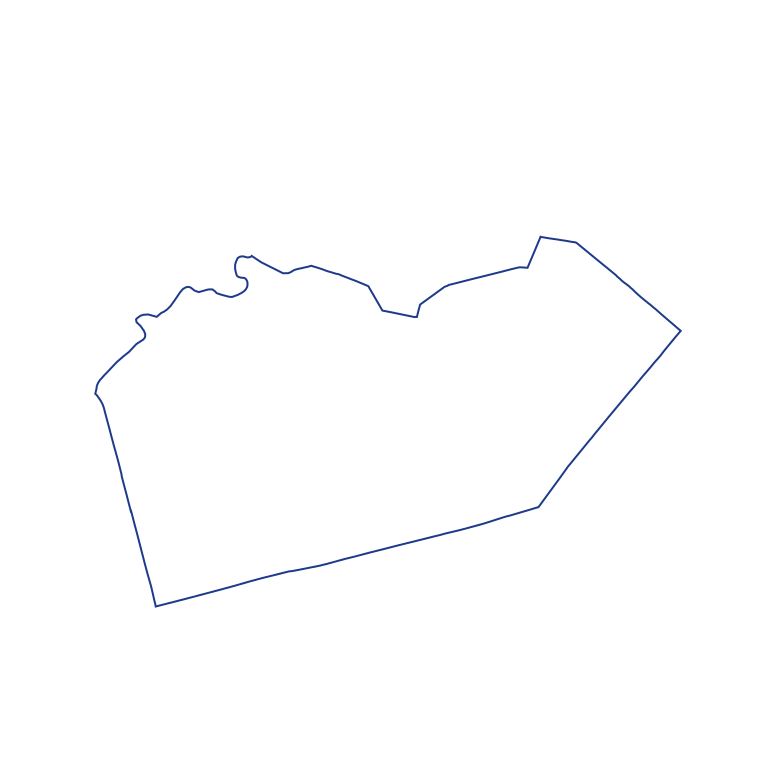 Olari, Prahova, Romania, rotated 338°
{"feature_id": "2599482B22841154857116", "entity_name": "Olari", "entity_type": "district", "adm_level": 2, "iso_a3": "ROU", "parent_name": "Romania", "parent_adm1": "Prahova", "projection": "mercator", "projection_center": [26.206, 44.79], "detail": "fine", "context": "isolated", "style": "outline", "palette": "blue", "viewbox_px": 768, "rotation_deg": 338, "n_neighbors": 0, "source": "geoboundaries", "source_scale": "gbopen_adm2", "svg_char_len": 3501}
<svg xmlns="http://www.w3.org/2000/svg" viewBox="0 0 768 768"><g transform="rotate(338 384 384)"><path d="M524.4,529.1L524.6,529.0L554.7,512.5L555.7,512.1L560.2,509.5L580.7,498.3L608.3,483.5L615.5,479.9L620.4,477.2L626.3,474.0L636.8,468.6L642.3,465.6L650.7,461.4L656.1,458.2L671.9,449.6L679.0,445.9L673.6,435.4L668.3,425.2L666.1,420.9L664.0,416.6L661.9,412.8L661.0,410.9L659.9,409.1L657.2,404.2L655.1,400.4L652.2,394.6L650.8,391.5L650.0,389.6L649.5,388.6L649.0,387.7L648.5,386.7L648.2,385.8L647.9,385.3L646.8,383.4L645.8,381.7L644.9,380.4L644.4,379.5L643.8,378.4L643.1,377.1L642.3,375.2L640.8,372.3L640.3,371.4L640.1,370.8L640.1,370.4L639.8,370.0L639.3,369.0L634.3,359.8L631.9,355.5L626.7,346.0L622.0,337.4L617.9,329.9L615.5,325.4L614.8,324.7L614.4,324.3L611.1,322.4L606.2,319.3L601.7,316.7L599.3,315.2L591.7,310.8L585.0,306.7L584.3,306.1L583.4,307.1L569.8,320.8L560.6,330.0L555.9,327.7L553.7,326.7L552.1,326.3L544.0,325.1L535.4,324.0L529.7,323.2L523.3,322.3L518.2,321.6L509.9,320.4L504.3,319.6L496.8,318.6L486.5,317.2L480.7,316.4L480.0,316.7L476.5,316.6L472.9,317.5L455.6,321.8L447.2,323.9L442.9,329.6L439.6,334.2L437.8,333.4L437.2,333.3L433.8,331.0L416.8,319.7L410.0,315.3L409.0,307.8L406.1,287.4L404.4,285.7L396.5,277.9L393.1,274.8L389.3,271.2L385.4,267.6L383.9,266.0L383.2,265.3L382.2,264.7L380.7,263.7L379.0,262.3L376.5,260.3L375.1,259.2L373.8,258.2L371.8,256.4L369.7,254.4L366.6,251.8L365.0,250.5L362.7,248.7L361.0,247.2L358.8,246.9L357.4,246.8L353.5,246.1L350.4,245.7L348.3,245.2L346.6,245.0L344.2,244.7L342.5,244.8L339.8,245.3L338.1,245.4L336.5,245.3L331.9,243.5L326.9,237.8L315.8,225.2L309.3,215.7L308.9,216.0L308.7,216.0L307.7,216.1L306.9,216.1L306.2,215.9L305.8,215.8L304.6,215.4L301.8,213.3L300.0,212.4L297.8,212.0L296.3,212.3L295.6,212.4L294.6,213.3L293.8,214.0L292.9,214.8L290.8,217.4L289.4,220.6L288.8,222.7L288.5,224.7L288.2,227.0L288.2,228.6L289.2,230.3L291.2,231.8L294.2,233.3L295.4,235.2L295.6,238.0L294.7,240.7L293.5,242.7L291.5,244.4L289.2,245.5L285.9,246.2L281.7,246.6L275.6,246.4L272.8,244.9L266.5,240.2L262.9,237.1L261.9,234.5L260.3,232.0L256.5,230.5L246.7,229.4L243.4,226.5L240.8,222.0L238.8,220.6L236.6,220.1L233.2,220.6L229.3,222.6L227.8,223.6L221.7,227.7L215.2,231.8L211.0,233.6L207.2,234.5L203.9,234.7L198.5,236.6L191.4,231.2L186.9,229.7L183.6,229.5L179.8,230.5L178.3,231.2L177.7,234.0L180.0,239.0L181.4,245.1L181.3,246.8L181.3,248.4L180.0,251.1L177.6,252.6L171.3,253.8L169.4,254.2L163.7,256.8L159.9,258.6L152.8,260.7L144.7,263.5L141.1,265.1L130.9,269.8L128.1,271.0L125.1,272.5L121.8,274.1L119.2,276.0L117.0,278.2L115.7,280.6L113.2,284.1L112.6,285.0L113.4,286.4L113.8,287.8L115.1,293.6L115.5,297.8L115.3,301.5L114.8,305.1L114.1,310.7L113.6,314.6L112.7,322.4L111.9,328.2L110.5,339.6L109.1,352.1L108.4,357.7L107.7,362.7L106.8,369.3L106.2,371.6L105.3,378.5L104.2,387.5L103.0,396.5L101.6,407.1L101.9,407.0L101.6,409.7L100.2,420.3L99.0,430.1L96.9,446.0L94.8,461.9L94.2,466.8L93.8,470.2L93.7,470.7L92.7,480.2L92.2,484.7L90.7,494.4L90.1,497.8L89.4,502.9L89.0,504.8L94.4,505.5L121.2,509.1L138.6,511.3L157.8,513.7L168.8,515.0L185.0,516.7L197.4,518.2L201.8,518.8L225.9,522.2L228.6,523.0L236.5,524.6L256.6,528.4L261.0,529.0L263.8,529.5L264.7,529.5L281.8,531.5L290.0,532.7L307.9,535.0L324.5,537.3L337.3,539.0L374.8,544.3L379.4,545.0L384.8,545.6L389.9,546.4L400.6,548.0L423.2,550.7L431.8,551.4L439.0,551.9L445.4,552.4L448.4,552.7L450.8,553.1L456.0,553.6L468.2,554.8L481.2,556.0L493.4,548.4L512.5,536.6L524.1,529.2L524.4,529.1Z" fill="none" stroke="#1e3a8a" stroke-width="2"/></g></svg>